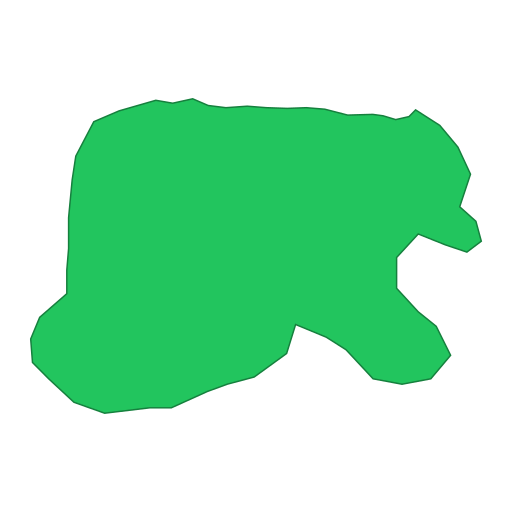 Strongylos, Cyprus
{"feature_id": "46923920B68545316730877", "entity_name": "Strongylos", "entity_type": "district", "adm_level": 2, "iso_a3": "CYP", "parent_name": "Cyprus", "parent_adm1": "", "projection": "mercator", "projection_center": [33.65, 35.172], "detail": "fine", "context": "isolated", "style": "filled", "palette": "green", "viewbox_px": 512, "rotation_deg": 0, "n_neighbors": 0, "source": "geoboundaries", "source_scale": "gbopen_adm2", "svg_char_len": 803}
<svg xmlns="http://www.w3.org/2000/svg" viewBox="0 0 512 512"><path d="M155.8,100.3L119.0,110.9L93.8,121.7L75.8,156.1L72.2,179.7L68.6,217.7L68.6,248.5L66.8,270.2L66.8,293.7L39.7,317.3L30.7,339.0L32.5,362.5L48.7,378.8L74.0,402.3L104.6,413.2L149.7,407.8L171.3,407.8L207.3,391.5L227.2,384.2L254.2,377.0L286.6,353.5L295.6,324.5L326.3,337.2L346.1,349.8L373.1,378.8L402.0,384.2L430.8,378.8L450.6,355.3L436.2,326.3L418.2,311.8L396.6,288.3L396.6,257.5L418.2,234.0L445.2,244.8L466.9,252.1L481.3,241.2L475.9,221.3L459.7,206.8L470.5,174.2L457.9,147.1L439.8,125.4L415.6,109.9L409.0,116.6L395.7,119.6L383.1,115.8L372.8,114.4L347.7,115.1L324.8,109.2L306.3,107.7L287.2,108.4L266.5,107.7L247.3,106.2L225.9,107.7L208.2,105.5L192.7,98.8L172.7,103.2L155.8,100.3Z" fill="#22c55e" stroke="#15803d" stroke-width="1.5"/></svg>